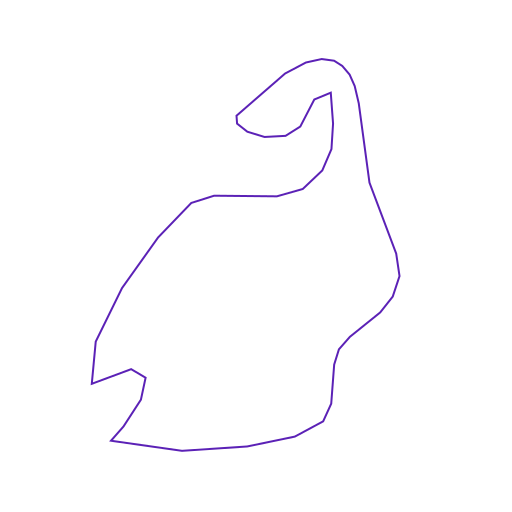 outline of National Capital District, rotated 99°
{"feature_id": "PNG-1254", "entity_name": "National Capital District", "entity_type": "Province", "adm_level": 1, "iso_a3": "PNG", "parent_name": "Papua New Guinea", "parent_adm1": "", "projection": "mercator", "projection_center": [147.167, -9.459], "detail": "fine", "context": "isolated", "style": "outline", "palette": "violet", "viewbox_px": 512, "rotation_deg": 99, "n_neighbors": 0, "source": "natural_earth", "source_scale": "10m", "svg_char_len": 719}
<svg xmlns="http://www.w3.org/2000/svg" viewBox="0 0 512 512"><g transform="rotate(99 256 256)"><path d="M461.1,370.3L445.1,360.2L415.9,347.2L393.5,346.0L387.3,361.6L407.9,398.2L365.6,400.9L308.6,383.3L253.0,355.6L213.7,328.2L203.0,306.8L193.8,244.7L182.5,220.3L161.1,203.9L138.6,198.2L113.2,200.6L83.0,207.7L92.3,222.9L121.2,232.5L132.7,245.6L137.1,266.2L134.6,284.0L128.2,295.4L120.5,297.2L71.2,255.8L57.1,237.0L51.2,222.0L50.9,209.4L54.8,200.5L62.2,191.9L72.7,185.1L89.1,178.4L165.8,155.4L231.7,117.9L253.4,111.1L274.7,114.6L292.3,124.5L321.1,150.6L335.2,159.5L351.0,161.8L390.1,158.6L408.8,163.8L428.3,189.4L445.5,234.9L460.0,298.6L461.1,367.0L461.1,370.3Z" fill="none" stroke="#5b21b6" stroke-width="2"/></g></svg>